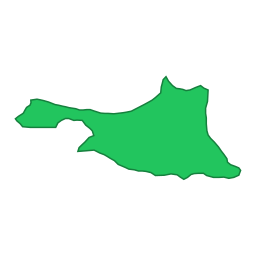 Vasileia, Cyprus (Natural Earth projection)
{"feature_id": "46923920B45317993304691", "entity_name": "Vasileia", "entity_type": "district", "adm_level": 2, "iso_a3": "CYP", "parent_name": "Cyprus", "parent_adm1": "", "projection": "natural_earth1", "projection_center": [33.095, 35.347], "detail": "fine", "context": "isolated", "style": "filled", "palette": "green", "viewbox_px": 256, "rotation_deg": 0, "n_neighbors": 0, "source": "geoboundaries", "source_scale": "gbopen_adm2", "svg_char_len": 1642}
<svg xmlns="http://www.w3.org/2000/svg" viewBox="0 0 256 256"><path d="M22.6,126.7L30.4,127.4L34.2,127.4L39.5,127.4L44.2,127.4L50.7,127.4L55.7,127.4L57.9,122.9L61.3,120.4L65.4,118.5L68.8,118.5L73.8,120.4L77.0,120.1L82.3,120.4L85.7,125.1L89.8,128.3L92.3,130.8L93.8,135.6L89.1,137.5L84.8,142.2L82.3,144.5L79.1,147.6L77.9,151.4L85.7,150.8L94.1,150.1L99.8,153.0L104.1,154.6L106.9,156.2L110.4,158.4L114.4,160.6L118.2,164.4L125.7,167.6L128.8,169.1L134.4,169.8L138.5,171.0L142.5,171.0L146.0,171.4L151.0,172.6L155.4,175.5L164.4,175.2L171.0,173.9L177.2,174.8L180.3,177.1L183.8,179.3L187.5,177.4L191.0,174.5L194.1,173.6L198.2,173.3L203.5,173.3L206.6,175.5L213.5,177.4L218.8,177.4L223.8,177.1L228.8,178.3L233.8,177.4L238.8,175.2L240.6,170.4L238.8,167.9L235.0,166.3L230.6,164.7L227.5,162.2L226.9,158.7L223.8,154.3L221.3,151.1L218.5,147.0L214.4,142.2L210.6,138.4L208.1,135.0L206.9,130.8L206.3,123.9L206.3,117.9L205.6,113.4L205.6,108.1L206.6,104.6L207.5,101.4L207.8,95.7L208.1,90.0L203.8,88.1L200.6,85.6L195.6,87.5L190.0,90.0L186.0,90.6L182.8,89.4L179.7,88.8L176.3,88.4L172.5,85.6L168.5,81.2L166.0,76.7L163.2,79.6L162.2,83.7L161.3,86.9L160.7,92.9L155.0,97.9L152.2,100.1L149.4,101.7L144.1,104.6L134.4,109.6L131.3,111.2L126.3,112.2L122.6,112.8L113.8,113.8L107.9,113.4L104.8,113.4L100.7,113.1L93.8,110.9L90.1,109.6L86.9,109.6L83.2,110.0L79.5,110.0L75.7,108.7L69.1,107.7L65.7,106.8L62.6,106.2L58.5,105.2L55.1,104.6L48.5,102.0L43.2,100.5L40.1,99.8L37.0,99.2L30.8,100.1L31.0,102.7L30.0,105.2L26.6,107.4L25.4,109.4L24.4,111.2L23.4,113.1L21.7,114.3L18.5,116.3L15.4,118.8L17.0,121.0L20.1,123.6L22.6,126.7Z" fill="#22c55e" stroke="#15803d" stroke-width="1.5"/></svg>